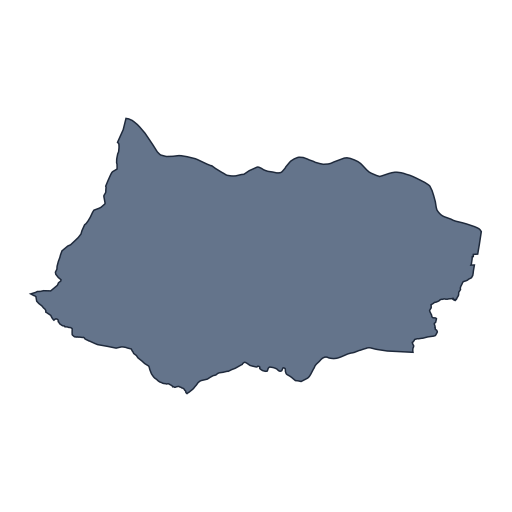 Remeti, Maramures, Romania (Robinson projection)
{"feature_id": "2599482B63356743663570", "entity_name": "Remeti", "entity_type": "district", "adm_level": 2, "iso_a3": "ROU", "parent_name": "Romania", "parent_adm1": "Maramures", "projection": "robinson", "projection_center": [23.579, 47.979], "detail": "fine", "context": "isolated", "style": "filled", "palette": "slate", "viewbox_px": 512, "rotation_deg": 0, "n_neighbors": 0, "source": "geoboundaries", "source_scale": "gbopen_adm2", "svg_char_len": 6047}
<svg xmlns="http://www.w3.org/2000/svg" viewBox="0 0 512 512"><path d="M215.8,375.0L217.8,373.4L219.3,372.8L223.0,372.3L227.1,371.3L228.3,371.3L231.7,369.6L235.2,368.3L241.4,364.8L242.3,364.4L242.6,363.6L243.4,363.0L243.8,362.6L244.6,362.3L245.0,362.3L246.4,362.9L250.0,365.4L252.8,366.2L256.4,367.0L257.0,366.9L257.8,366.2L258.3,366.2L259.2,366.5L259.8,367.1L259.8,367.7L259.7,368.3L259.9,368.7L261.3,369.8L262.6,370.6L265.3,371.3L267.0,371.2L267.4,370.8L268.2,368.3L268.7,367.7L269.4,367.1L270.5,367.1L273.4,367.6L275.1,368.2L276.7,368.9L278.6,370.7L279.8,371.2L280.8,371.2L281.8,370.6L282.8,368.2L283.3,367.8L284.2,368.0L285.1,368.5L285.4,369.8L285.4,371.4L286.1,373.5L286.6,374.2L287.6,374.9L289.6,376.0L291.6,377.4L295.4,380.6L297.9,380.8L301.1,381.5L307.3,378.3L308.4,377.5L309.5,376.2L310.7,374.3L313.4,369.1L314.1,368.0L315.1,365.7L316.4,364.1L319.3,361.4L320.9,359.6L322.5,358.2L324.8,357.1L326.9,357.1L329.1,358.0L331.6,358.4L333.7,358.6L336.4,358.3L338.1,357.9L340.7,357.0L344.7,355.3L347.6,354.0L350.7,353.1L352.6,352.8L354.3,352.4L359.1,350.5L360.4,350.2L363.5,349.1L366.3,348.3L366.9,348.0L368.8,347.7L370.3,347.8L374.9,349.0L377.4,349.5L387.3,351.0L413.0,352.3L412.8,351.2L412.8,349.1L413.0,348.1L413.5,347.0L413.7,346.2L413.6,345.5L412.9,344.4L412.5,343.3L412.3,342.4L412.8,342.2L414.1,340.6L414.6,339.5L417.3,338.7L418.5,338.8L421.5,338.3L422.8,338.2L427.8,336.9L433.7,336.1L435.4,335.5L436.6,333.5L437.3,332.0L437.2,331.4L436.7,330.3L435.6,329.5L435.2,329.0L435.3,328.0L434.9,327.5L435.1,327.1L434.9,325.8L434.5,324.8L434.3,323.8L434.3,323.6L434.4,323.3L435.6,322.4L436.5,318.7L436.4,318.5L435.2,317.9L433.2,317.8L432.7,317.6L432.2,317.1L431.8,316.6L431.6,315.1L430.1,312.1L429.6,310.8L429.7,310.2L430.9,308.3L430.8,308.2L431.2,307.7L431.1,304.6L431.8,304.3L433.4,303.3L434.5,302.4L435.9,302.2L438.1,301.3L439.2,300.7L439.9,300.1L439.9,299.9L440.1,299.7L441.4,299.3L442.6,299.3L444.0,298.9L444.6,298.9L445.7,299.2L447.5,299.2L448.9,298.8L451.4,298.7L453.1,298.3L453.2,298.5L452.8,298.8L452.8,299.2L454.0,300.0L454.5,299.6L454.8,299.5L454.8,300.2L454.9,300.4L455.2,300.5L455.6,300.0L456.4,299.4L457.2,297.6L458.2,296.0L458.6,294.9L458.7,292.7L458.9,292.0L460.5,289.6L460.3,288.1L460.7,286.6L462.1,283.8L462.5,282.8L462.8,282.3L463.4,281.6L466.0,280.8L467.6,280.1L468.4,279.3L471.4,277.8L472.1,276.7L472.2,276.2L472.7,275.7L473.1,273.5L473.4,270.9L474.4,265.0L470.9,265.1L471.3,264.4L471.4,263.8L472.1,259.1L472.3,256.6L473.3,256.6L473.3,254.4L477.7,254.1L479.3,244.7L481.3,231.6L480.0,229.7L478.9,228.7L477.4,227.9L474.7,226.7L466.7,224.0L462.5,222.8L455.8,221.2L453.2,220.3L451.1,219.2L444.2,216.7L442.4,215.8L441.1,214.9L439.5,213.4L438.0,211.6L436.9,209.9L436.2,207.3L435.3,201.6L433.6,195.4L432.1,190.7L429.9,186.2L429.5,185.7L428.1,184.6L424.7,182.4L416.4,178.2L413.0,176.6L409.8,175.3L406.3,174.3L403.8,173.4L400.9,172.7L396.7,172.2L395.0,172.2L391.9,172.7L388.9,173.5L381.8,175.9L380.0,176.4L379.3,176.5L379.1,176.3L376.8,175.6L371.4,173.3L369.2,172.1L366.8,170.0L362.5,165.4L360.6,163.5L357.9,161.6L354.3,159.9L350.2,158.4L346.9,157.8L344.2,158.1L334.0,161.9L331.4,163.1L330.3,163.5L328.1,164.0L323.3,164.3L319.9,163.6L315.2,162.3L313.5,161.4L309.2,159.9L307.3,159.0L303.2,157.5L299.0,157.2L297.6,157.5L294.2,158.9L290.9,161.0L289.7,162.2L286.8,165.7L285.8,166.9L285.1,168.2L282.6,171.1L281.6,172.1L280.6,172.6L278.8,172.9L276.7,172.9L272.6,172.0L267.8,171.3L265.4,170.5L263.5,169.7L261.5,168.4L259.1,167.3L257.8,167.0L256.9,167.2L249.2,170.7L243.9,174.3L241.5,174.5L235.7,175.9L233.1,176.0L231.0,175.9L227.1,175.3L226.1,174.9L223.4,173.2L222.2,172.6L215.5,168.5L211.7,165.7L211.4,165.7L211.2,165.8L207.0,164.1L197.5,159.6L195.3,158.7L187.1,156.7L181.1,155.7L178.8,155.6L172.9,156.3L166.6,156.5L165.5,156.3L160.7,155.0L159.7,154.3L157.3,151.9L152.7,144.6L145.0,133.2L139.7,127.0L137.4,124.6L133.9,121.7L132.1,120.4L128.7,118.9L126.0,118.4L123.2,129.7L117.5,142.4L118.5,143.3L118.9,144.1L119.0,146.1L119.0,147.9L118.6,151.8L117.7,153.9L117.0,157.4L116.7,159.2L116.6,162.7L117.0,164.1L117.1,167.6L117.0,169.1L112.9,171.5L112.0,172.3L111.1,173.8L110.2,175.7L108.0,180.6L105.7,186.2L106.1,187.3L106.0,188.0L105.8,190.5L105.8,192.0L105.4,193.1L104.4,194.7L103.9,195.7L103.9,196.7L105.1,203.2L104.8,204.0L101.0,207.3L99.2,208.2L93.9,210.2L92.6,212.3L90.3,217.2L88.1,220.9L86.1,223.6L84.6,224.8L81.9,230.8L81.0,234.0L78.1,237.7L70.6,244.8L67.8,246.0L62.0,250.8L60.5,254.9L59.8,257.6L58.4,261.3L57.1,266.2L56.9,269.2L55.4,272.2L55.8,274.3L58.3,277.5L61.0,279.7L60.8,281.0L58.5,282.8L57.4,285.3L50.7,290.9L43.5,290.7L40.5,291.4L37.3,291.5L35.6,292.4L30.7,293.9L33.9,295.6L34.5,295.7L35.9,296.6L36.7,301.2L38.8,303.5L41.9,305.9L43.5,307.9L44.7,308.9L45.2,309.5L45.8,310.6L45.8,312.1L50.7,315.3L51.9,317.7L53.2,319.5L53.9,320.2L54.9,319.3L56.0,318.8L57.4,319.3L57.9,319.7L58.4,321.1L58.2,321.7L58.8,322.2L59.7,323.8L62.0,325.4L62.8,325.8L64.3,326.0L64.5,326.1L64.9,326.8L67.3,326.9L68.5,327.4L70.6,327.6L71.9,328.4L72.1,328.6L72.2,329.1L72.1,332.2L72.2,334.7L72.6,335.2L74.1,336.5L75.1,337.0L75.5,336.8L76.7,337.1L77.2,336.8L77.8,337.1L80.0,337.1L82.4,337.5L83.3,337.3L84.4,337.9L84.6,338.6L86.2,339.6L88.0,340.4L88.5,340.8L89.4,341.0L94.9,343.5L97.6,344.6L107.7,346.4L115.5,348.0L116.2,348.1L121.4,346.9L122.8,346.9L125.8,347.4L127.4,348.0L131.3,349.0L132.2,350.9L133.2,352.3L133.7,353.5L136.4,355.5L137.9,357.8L141.9,361.0L144.6,363.5L148.3,365.8L148.8,366.2L149.2,367.2L149.8,369.6L151.4,373.7L152.5,375.4L153.5,376.8L154.6,378.0L156.6,379.4L158.3,381.0L159.8,382.0L161.6,382.6L162.4,383.1L163.7,383.5L165.7,383.7L166.5,384.0L168.0,383.7L168.6,383.8L171.8,385.6L172.3,386.1L172.7,386.8L173.3,386.6L174.6,387.3L175.5,387.2L176.6,386.7L178.6,386.4L179.1,386.5L179.6,386.9L181.0,387.3L181.7,387.9L182.6,388.1L183.6,388.6L184.2,389.3L184.8,390.3L185.6,391.0L185.8,391.8L185.9,392.5L186.7,393.4L187.0,393.6L187.5,393.1L188.9,392.3L190.9,390.7L192.8,389.2L194.0,387.9L194.9,386.7L196.4,385.0L198.1,382.6L200.0,381.1L201.1,380.6L207.4,379.1L210.0,377.4L213.0,375.7L215.8,375.0Z" fill="#64748b" stroke="#1e293b" stroke-width="1.5"/></svg>